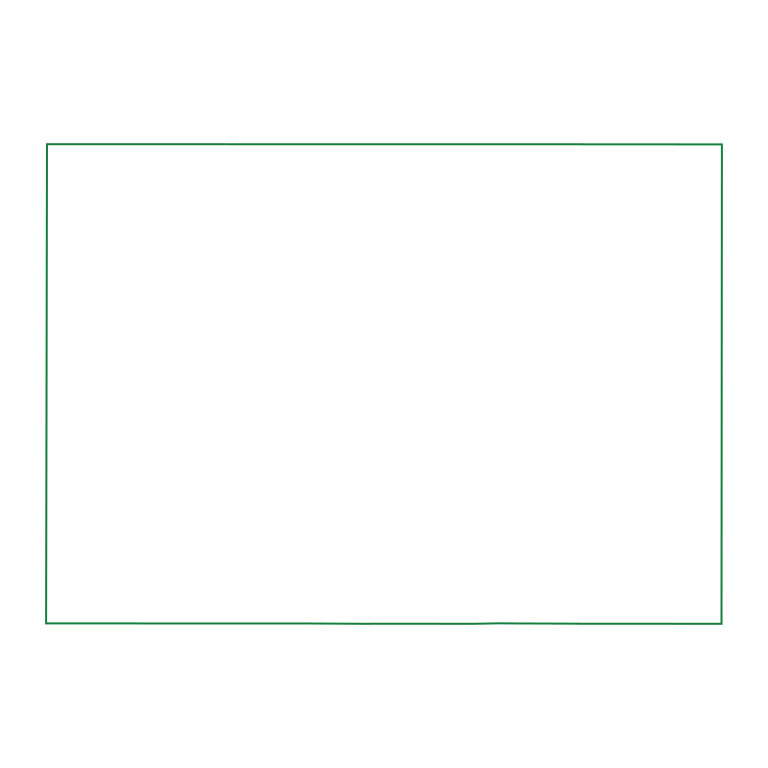 Martin, Minnesota, United States of America
{"feature_id": "52423323B83140229851985", "entity_name": "Martin", "entity_type": "district", "adm_level": 2, "iso_a3": "USA", "parent_name": "United States of America", "parent_adm1": "Minnesota", "projection": "robinson", "projection_center": [-94.489, 43.674], "detail": "fine", "context": "isolated", "style": "outline", "palette": "green", "viewbox_px": 768, "rotation_deg": 0, "n_neighbors": 0, "source": "geoboundaries", "source_scale": "gbopen_adm2", "svg_char_len": 293}
<svg xmlns="http://www.w3.org/2000/svg" viewBox="0 0 768 768"><path d="M504.5,623.4L562.7,623.6L577.3,623.7L721.5,623.8L721.9,144.4L586.5,144.3L47.0,144.2L46.1,623.4L311.8,623.5L367.8,623.8L373.1,623.7L473.8,623.8L499.8,623.3L504.5,623.4Z" fill="none" stroke="#15803d" stroke-width="2"/></svg>